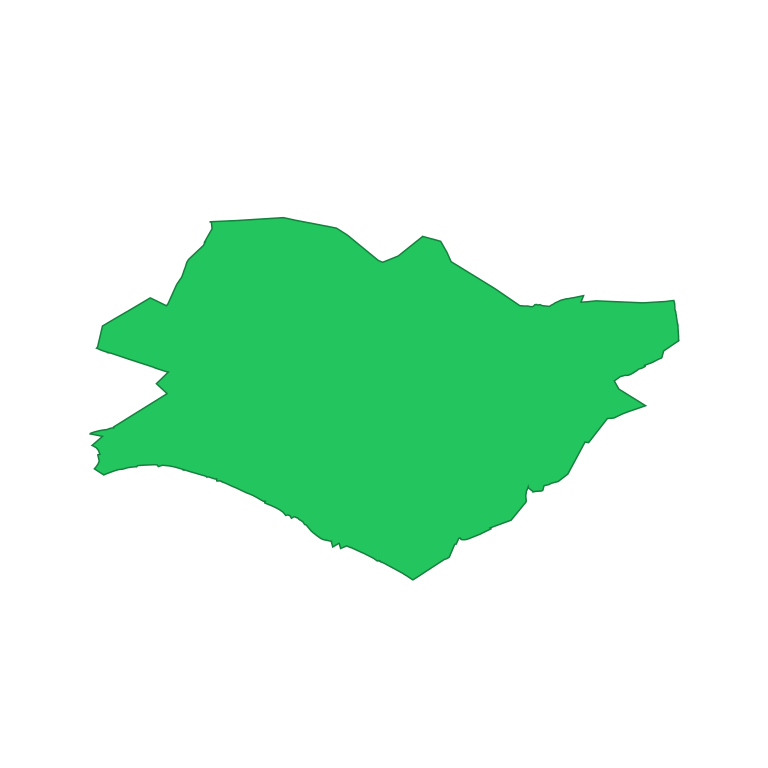 Borne, Overijssel, Netherlands (Robinson projection), rotated 347°
{"feature_id": "6326949B45905338143380", "entity_name": "Borne", "entity_type": "district", "adm_level": 2, "iso_a3": "NLD", "parent_name": "Netherlands", "parent_adm1": "Overijssel", "projection": "robinson", "projection_center": [6.747, 52.312], "detail": "fine", "context": "isolated", "style": "filled", "palette": "green", "viewbox_px": 768, "rotation_deg": 347, "n_neighbors": 0, "source": "geoboundaries", "source_scale": "gbopen_adm2", "svg_char_len": 6034}
<svg xmlns="http://www.w3.org/2000/svg" viewBox="0 0 768 768"><g transform="rotate(347 384 384)"><path d="M90.5,409.6L93.1,409.1L96.8,408.6L100.5,408.1L104.3,407.8L106.1,407.7L110.4,408.2L115.6,407.9L119.3,408.2L123.0,408.7L124.4,409.1L125.4,408.1L130.9,408.9L134.7,409.6L138.4,410.3L142.1,411.0L144.8,411.8L145.5,413.7L149.8,413.3L155.8,415.3L159.3,416.8L162.6,418.4L165.8,420.2L169.2,422.2L168.9,422.5L169.8,423.0L170.6,423.0L175.2,425.7L189.9,433.9L190.4,434.9L192.0,435.0L197.9,438.5L198.7,438.8L199.1,438.6L199.7,439.0L199.4,439.3L199.3,440.9L203.1,441.7L203.1,442.0L203.9,442.5L203.9,442.8L206.1,444.2L208.9,446.2L211.6,448.4L214.4,450.5L217.3,452.5L218.7,453.7L225.4,459.0L228.4,461.0L231.2,463.1L233.9,465.4L236.4,467.7L240.0,471.1L241.1,471.4L241.5,471.3L241.9,471.6L241.5,471.8L241.0,473.0L241.6,473.5L246.6,477.0L249.4,479.1L252.1,481.3L254.6,483.7L256.8,486.2L258.7,490.0L261.0,489.9L262.9,491.5L263.6,494.0L264.8,493.6L265.7,493.3L266.5,493.2L267.4,493.4L268.0,494.0L268.6,494.6L269.7,494.9L270.1,495.8L270.6,496.6L271.1,497.2L271.5,497.6L272.2,498.1L273.6,499.7L273.9,500.1L274.2,500.6L274.4,501.1L275.0,503.0L276.5,503.8L277.1,505.1L279.9,510.7L281.3,512.7L285.0,517.3L287.4,520.0L287.9,520.5L289.9,522.0L297.5,525.5L297.3,525.8L297.2,526.1L297.4,531.3L304.2,529.1L304.5,529.2L304.7,534.5L311.3,533.4L314.4,535.8L314.9,535.8L321.0,540.5L323.3,542.3L326.1,544.4L330.7,548.2L333.9,550.9L334.8,551.7L337.6,554.9L338.8,555.1L339.1,554.8L340.1,555.4L339.9,555.7L340.5,556.4L340.9,556.7L341.7,557.1L342.4,557.6L344.4,559.2L346.3,560.9L357.2,570.5L360.1,573.1L360.5,573.7L362.9,575.9L365.2,578.4L367.8,581.2L368.4,581.3L372.1,580.0L388.3,574.0L403.7,568.4L405.6,568.4L406.0,568.3L408.1,567.6L408.4,567.5L408.6,567.4L408.8,567.2L416.5,556.6L416.7,556.4L416.9,556.3L417.2,556.2L417.6,556.1L417.9,556.1L418.5,556.2L418.9,555.5L420.5,553.4L422.3,551.1L423.8,551.4L423.8,552.3L424.4,552.9L425.1,553.3L427.2,553.8L428.5,554.0L429.6,554.0L431.1,553.9L432.5,553.7L435.8,553.2L443.6,552.0L455.6,549.2L454.9,548.1L477.2,545.3L495.0,531.6L495.4,531.3L495.7,531.0L495.9,530.6L496.1,530.4L496.1,530.2L496.3,530.0L496.4,529.5L496.9,525.2L497.0,525.0L497.1,524.4L498.0,522.4L498.5,521.0L499.1,519.6L499.7,519.3L500.2,518.4L500.9,517.5L501.4,516.6L501.4,517.8L504.4,521.6L504.8,521.9L504.7,522.6L506.8,522.8L507.2,522.7L511.6,523.4L513.5,523.7L514.1,523.5L514.4,523.4L514.9,523.2L515.3,522.5L516.9,519.4L517.1,519.1L521.9,519.1L524.7,518.4L527.1,518.3L530.0,518.2L531.8,518.2L542.9,513.1L566.8,485.8L570.2,487.2L570.6,486.8L593.4,468.3L593.9,467.9L598.2,468.6L598.9,468.7L599.8,468.8L600.7,468.8L602.0,468.5L604.6,467.9L610.1,466.7L616.1,465.9L634.0,464.0L611.7,441.8L609.1,432.8L616.1,429.9L616.5,429.9L618.4,429.9L619.4,429.8L620.3,429.8L621.0,429.8L621.8,430.1L622.9,430.3L624.5,430.4L624.9,430.4L625.2,430.3L625.7,430.1L627.2,429.9L629.1,429.3L631.1,428.6L632.0,428.2L632.3,428.2L632.6,428.1L633.0,428.0L635.0,427.0L635.4,426.8L635.9,426.7L636.5,426.7L638.8,426.6L641.9,425.8L642.4,425.7L642.5,425.5L642.3,425.3L642.1,425.1L641.9,424.8L641.9,424.6L642.1,424.4L642.5,424.4L646.8,423.8L647.9,423.7L648.7,423.6L649.3,423.5L650.3,423.4L656.6,421.7L660.2,421.1L660.6,420.9L660.8,420.6L663.7,415.1L664.0,414.7L679.4,408.7L679.5,408.6L679.8,408.5L680.1,408.5L680.5,408.5L681.1,407.8L681.2,407.3L681.0,407.1L681.2,405.9L681.7,404.1L683.2,394.8L683.6,393.4L683.7,392.6L683.4,392.2L683.6,392.0L683.7,390.6L683.6,389.7L683.8,387.9L683.9,386.1L683.9,385.3L684.1,384.6L684.2,382.9L684.3,382.3L684.2,381.6L684.3,380.0L684.5,379.8L684.5,379.2L684.2,376.7L684.7,374.5L685.0,372.8L685.3,371.2L685.2,367.8L676.5,366.9L654.6,363.2L609.4,350.7L600.0,349.5L597.4,349.1L595.2,348.8L594.4,348.6L596.3,345.7L598.3,343.0L598.4,342.8L589.9,342.6L589.0,342.6L586.6,342.4L582.9,342.3L580.6,342.0L577.8,342.1L576.7,342.1L576.0,342.1L575.1,342.2L574.4,342.3L573.3,342.6L571.9,342.9L570.1,343.2L568.9,343.5L567.1,344.2L565.8,344.6L565.2,344.7L564.6,344.8L563.6,345.3L562.7,345.6L561.8,345.3L557.3,343.8L556.5,343.5L556.0,343.3L555.5,343.0L554.4,342.2L554.0,341.9L553.7,341.8L552.9,341.7L552.3,341.7L552.0,341.7L551.7,341.7L550.6,340.9L550.3,340.8L550.1,340.7L549.2,340.7L548.9,340.7L548.4,340.9L547.4,341.7L546.9,341.9L546.3,342.0L545.5,341.9L544.2,341.6L543.8,341.4L542.2,340.6L541.5,340.3L538.9,339.8L537.4,339.3L535.5,338.7L533.9,338.2L530.8,334.8L513.4,315.9L476.9,279.9L475.0,270.1L471.3,257.7L454.7,248.8L454.3,249.2L426.6,262.5L410.1,265.1L406.2,262.3L381.9,230.8L372.7,221.4L351.1,211.8L347.5,210.2L346.7,209.9L334.5,204.5L323.5,199.3L277.8,191.7L250.5,186.7L252.2,187.6L251.7,191.5L251.4,194.1L246.3,199.6L241.2,205.2L241.8,205.3L239.0,208.6L238.3,208.9L222.4,218.2L221.5,218.8L219.5,220.8L219.0,221.4L218.4,222.5L216.6,225.6L216.1,226.4L214.1,229.3L213.8,230.0L213.4,230.6L212.0,232.8L211.4,233.7L210.9,234.3L210.3,235.0L208.3,236.7L207.5,237.5L207.2,237.8L207.0,238.0L206.9,238.4L206.5,238.5L206.0,238.8L205.1,239.7L204.1,240.8L202.6,242.7L194.8,253.0L192.3,256.3L191.7,257.0L191.5,257.4L189.6,258.8L181.6,252.3L175.6,247.5L154.6,254.2L134.9,260.3L122.7,264.2L118.4,273.0L116.6,276.7L114.6,280.7L113.9,282.3L113.3,283.2L113.4,283.4L113.2,283.6L112.0,284.4L112.9,285.0L115.0,286.7L116.2,287.5L118.0,288.7L120.3,290.1L122.0,291.1L121.8,291.3L122.3,291.6L122.5,291.4L122.8,291.6L123.7,292.0L125.3,292.8L132.5,297.2L139.8,301.7L140.7,302.3L143.1,303.7L151.7,308.9L155.6,311.2L163.5,316.0L164.1,316.4L164.0,316.5L165.9,317.7L172.3,321.6L175.9,323.7L176.0,323.7L176.5,323.9L162.3,332.5L170.5,344.6L152.7,350.7L137.8,355.8L111.6,364.8L111.0,365.0L111.2,365.4L111.2,365.5L110.9,365.9L110.6,366.0L110.1,365.9L109.2,365.7L108.0,365.6L107.6,365.6L106.9,365.7L105.6,365.8L104.5,366.0L104.0,366.1L102.6,365.9L101.5,365.8L99.0,365.6L97.4,365.5L95.4,365.5L92.8,365.5L90.9,365.6L88.2,365.9L86.7,366.1L86.4,366.5L89.2,367.7L94.0,369.9L97.9,371.7L85.7,378.2L86.0,378.4L86.5,378.8L87.7,379.9L89.3,381.4L90.3,383.3L90.8,384.4L91.3,388.0L91.4,388.6L89.2,388.6L89.2,395.0L87.4,397.6L85.0,399.8L82.7,401.5L90.5,409.6Z" fill="#22c55e" stroke="#15803d" stroke-width="1.5"/></g></svg>